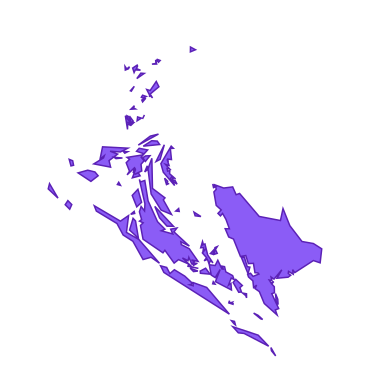 Van Don, Quảng Ninh, Vietnam (Albers equal-area conic projection), rotated 103°
{"feature_id": "81297802B23156291808671", "entity_name": "Van Don", "entity_type": "district", "adm_level": 2, "iso_a3": "VNM", "parent_name": "Vietnam", "parent_adm1": "Quảng Ninh", "projection": "albers", "projection_center": [107.384, 20.984], "detail": "fine", "context": "isolated", "style": "filled", "palette": "violet", "viewbox_px": 384, "rotation_deg": 103, "n_neighbors": 0, "source": "geoboundaries", "source_scale": "gbopen_adm2", "svg_char_len": 6141}
<svg xmlns="http://www.w3.org/2000/svg" viewBox="0 0 384 384"><g transform="rotate(103 192 192)"><path d="M179.7,172.9L181.4,170.1L184.0,169.0L187.0,170.7L199.6,165.4L202.9,159.5L207.0,161.9L208.9,158.9L206.0,157.4L211.0,152.8L219.4,147.3L220.3,151.4L227.6,146.1L228.5,141.0L243.9,130.3L241.8,125.3L249.1,121.0L247.7,116.1L256.5,112.5L256.0,109.6L256.9,108.4L260.5,113.5L258.0,116.7L259.7,119.3L262.1,117.8L264.9,112.7L271.2,110.5L268.2,108.1L271.9,108.9L273.9,104.0L284.4,96.5L292.7,81.4L288.1,84.3L286.1,81.3L273.1,91.4L271.6,89.0L265.8,90.5L263.7,93.6L260.9,92.2L262.8,94.6L260.4,97.0L260.3,94.2L257.1,95.8L258.4,92.5L247.6,87.0L256.9,89.8L253.4,79.2L250.9,77.1L249.7,79.9L247.6,80.1L249.3,74.9L245.0,76.5L247.4,73.7L231.5,58.3L232.2,51.2L218.2,52.8L214.9,62.1L215.5,73.7L202.8,89.1L187.7,99.6L199.9,99.4L200.7,121.0L182.7,145.3L184.7,148.4L177.9,153.5L181.0,162.0L179.7,172.9ZM265.3,179.2L265.0,168.6L265.0,175.2L258.4,186.5L259.8,180.4L256.4,180.4L262.0,176.2L259.7,173.8L258.3,177.2L258.2,170.5L247.9,181.9L245.7,190.6L243.0,191.7L245.3,182.4L234.9,200.6L230.5,198.6L233.0,204.4L237.2,201.3L236.7,213.2L234.3,210.0L228.7,218.9L210.5,232.8L191.4,240.6L193.8,244.5L191.6,246.1L214.1,235.2L221.1,234.0L217.6,238.3L223.1,238.8L230.2,234.9L232.2,236.6L233.0,232.7L236.2,234.7L249.0,229.1L257.8,206.6L254.9,205.3L265.3,193.4L260.9,189.9L262.9,179.1L265.3,179.2ZM276.7,201.3L302.6,128.1L281.7,156.2L280.0,170.5L283.1,169.8L282.9,173.5L282.0,171.8L280.5,171.6L275.6,180.1L271.7,191.7L276.5,195.2L271.2,199.7L271.0,206.0L276.7,201.3ZM268.7,207.7L250.2,233.1L246.1,246.8L229.2,248.5L236.5,255.2L227.4,284.1L232.1,280.9L239.6,258.0L249.4,249.4L253.3,238.5L268.8,224.5L264.8,217.2L268.7,207.7ZM278.6,131.5L272.3,133.5L274.6,135.5L267.1,134.4L267.8,131.3L264.3,133.6L262.2,141.1L257.4,143.5L257.5,146.0L260.1,144.2L260.3,145.5L252.7,151.5L258.4,152.9L259.0,158.8L268.6,154.6L270.2,150.1L261.1,147.1L274.1,149.0L278.6,131.5ZM169.5,249.4L161.0,244.7L161.3,253.3L164.8,255.2L165.5,247.9L167.0,248.6L172.9,263.1L174.1,260.2L178.3,262.7L185.8,257.6L189.9,259.1L181.3,253.5L182.2,252.5L183.1,252.1L191.6,253.3L187.9,246.2L185.4,248.5L187.7,251.9L182.8,245.7L176.4,247.9L172.4,245.7L169.5,249.4ZM218.5,206.9L206.1,218.2L203.8,217.0L197.4,231.3L168.2,238.7L179.3,240.1L203.1,231.4L216.6,218.0L218.5,206.9ZM170.7,281.0L169.1,270.8L163.7,264.3L168.1,289.3L180.6,289.0L176.3,285.6L178.7,285.9L186.7,294.0L186.1,276.9L180.1,279.9L171.8,273.0L170.7,281.0ZM185.9,213.2L187.7,208.3L184.4,211.3L185.2,213.3L184.5,216.3L181.9,215.3L184.6,213.5L181.8,213.2L183.0,210.9L179.2,218.0L176.1,218.4L177.2,220.4L174.7,221.6L174.6,218.9L171.0,224.1L171.3,220.3L165.7,223.7L168.0,221.9L165.4,223.0L165.0,219.3L154.5,222.9L153.6,220.0L152.0,222.6L171.4,228.7L179.2,224.4L189.6,210.4L185.9,213.2ZM318.8,115.2L318.1,109.4L325.0,82.6L316.6,95.3L314.1,121.9L318.8,115.2ZM204.4,292.9L197.3,287.1L194.3,291.1L194.2,298.5L199.0,307.3L204.4,292.9ZM230.9,208.7L229.6,202.3L214.4,225.0L224.5,217.8L230.9,208.7ZM218.9,242.5L213.4,238.8L201.5,245.3L208.8,249.5L218.9,242.5ZM256.4,155.6L249.9,162.5L239.7,167.7L241.8,170.4L240.1,169.4L237.9,170.6L244.4,171.0L243.4,168.2L246.8,168.0L244.3,165.8L249.0,168.2L252.8,163.0L256.3,164.7L254.1,161.8L258.3,159.2L254.5,158.6L256.4,155.6ZM249.1,233.8L232.9,240.5L230.9,243.5L243.1,244.3L249.1,233.8ZM279.2,123.9L278.3,121.3L274.4,123.8L271.8,121.9L267.3,129.7L270.9,131.6L279.2,123.9ZM259.0,119.0L252.2,118.7L252.3,121.4L243.9,126.2L244.5,129.3L259.0,119.0ZM153.0,234.2L150.2,237.3L151.1,242.8L158.3,249.8L153.0,234.2ZM106.8,255.4L96.9,247.9L92.3,251.7L102.5,255.6L102.3,259.2L106.8,255.4ZM167.4,230.4L152.2,229.6L170.4,233.9L167.4,230.4ZM158.4,254.9L143.1,237.7L146.9,245.2L158.4,254.9ZM221.3,332.8L228.1,321.2L215.9,332.7L221.3,332.8ZM140.9,266.6L137.6,264.4L137.9,266.0L139.6,267.0L138.3,270.8L138.3,268.5L133.0,269.6L132.4,272.3L136.9,269.7L132.7,274.1L145.5,268.9L140.3,270.0L140.9,266.6ZM236.3,307.3L231.3,306.3L228.3,311.0L232.9,312.7L236.3,307.3ZM268.0,155.9L263.2,161.6L267.2,166.2L269.3,165.5L268.0,155.9ZM192.6,313.4L188.4,315.3L187.8,319.0L193.8,315.8L192.6,313.4ZM85.8,274.7L84.9,269.6L84.3,273.9L81.5,273.4L80.7,274.0L84.6,277.7L88.6,275.3L85.8,274.7ZM246.1,153.6L242.8,156.2L239.5,155.1L241.0,157.1L247.8,156.4L246.1,153.6ZM93.9,271.3L87.2,265.2L87.7,268.6L93.9,271.3ZM172.7,244.3L166.1,241.1L167.3,245.4L169.7,247.7L172.7,244.3ZM282.3,82.8L277.2,84.3L272.2,87.8L279.8,85.3L282.3,82.8ZM325.8,80.1L328.8,78.9L332.9,73.6L325.8,80.1ZM214.5,183.6L213.9,177.8L211.2,185.5L214.5,183.6ZM190.5,218.5L188.8,216.2L189.7,218.4L187.0,218.1L184.7,221.8L190.5,218.5ZM282.9,115.0L278.9,116.0L279.1,119.9L280.9,116.3L282.9,115.0ZM176.6,273.6L174.5,267.4L175.7,275.8L176.6,273.6ZM135.0,261.5L131.4,257.9L131.1,261.9L135.0,261.5ZM266.6,176.7L269.2,172.6L267.7,168.5L266.6,176.7ZM55.8,225.1L52.6,220.6L51.1,226.1L55.8,225.1ZM125.1,270.2L123.8,265.8L123.2,267.8L120.9,267.6L125.1,270.2ZM263.1,174.0L260.1,170.7L262.1,175.2L263.1,174.0ZM86.2,281.6L84.0,281.1L86.8,283.2L84.7,285.5L88.2,284.4L86.2,281.6ZM138.3,267.6L136.2,265.2L133.2,268.7L138.3,267.6ZM75.3,255.2L71.4,257.2L74.8,256.0L76.4,259.8L75.3,255.2ZM107.4,273.8L102.0,272.0L107.2,274.8L107.4,273.8ZM292.2,126.8L291.3,126.9L291.2,128.4L290.4,128.0L291.7,130.2L289.5,131.1L291.8,131.2L292.2,126.8ZM183.1,242.6L180.1,240.3L176.6,241.5L183.1,242.6ZM199.0,265.6L201.5,266.4L201.6,263.2L199.0,265.6ZM308.5,124.6L310.9,121.5L311.7,119.8L308.5,121.5L308.5,124.6ZM225.8,243.0L223.9,244.0L227.5,246.7L225.8,243.0ZM109.2,251.6L107.1,253.7L108.7,255.5L107.7,254.1L109.2,251.6ZM180.6,173.1L182.9,172.0L181.5,170.1L180.6,173.1ZM169.3,266.2L167.2,263.7L167.9,268.1L169.3,266.2ZM184.7,252.6L181.5,253.5L186.8,253.6L184.7,252.6ZM274.6,151.1L276.8,151.2L276.6,148.8L274.6,151.1ZM109.2,258.1L108.8,261.9L111.1,262.7L111.5,261.0L109.2,258.1ZM214.2,203.5L213.8,200.1L211.1,201.3L214.2,203.5ZM247.8,160.2L248.0,157.4L243.7,157.9L247.8,160.2ZM115.3,260.4L111.0,258.1L113.7,261.6L115.3,260.4ZM296.1,104.7L300.1,96.6L300.3,94.5L297.3,99.9L296.1,104.7ZM129.5,256.1L127.6,255.7L132.0,256.7L129.5,256.1ZM71.0,252.6L70.6,255.7L71.5,256.1L73.1,253.8L71.0,252.6Z" fill="#8b5cf6" stroke="#5b21b6" stroke-width="1.5"/></g></svg>